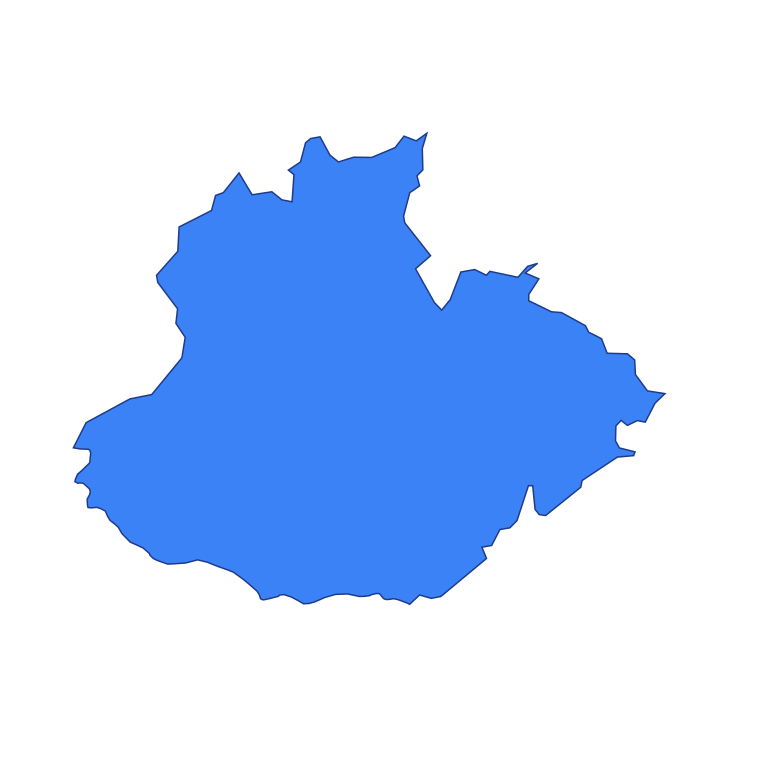 Mavrovo and Rostusha, Mavrovo and Rostusa, North Macedonia (Albers equal-area conic projection), rotated 292°
{"feature_id": "65306769B57665907630306", "entity_name": "Mavrovo and Rostusha", "entity_type": "district", "adm_level": 2, "iso_a3": "MKD", "parent_name": "North Macedonia", "parent_adm1": "Mavrovo and Rostusa", "projection": "albers", "projection_center": [20.658, 41.644], "detail": "fine", "context": "isolated", "style": "filled", "palette": "blue", "viewbox_px": 768, "rotation_deg": 292, "n_neighbors": 0, "source": "geoboundaries", "source_scale": "gbopen_adm2", "svg_char_len": 2367}
<svg xmlns="http://www.w3.org/2000/svg" viewBox="0 0 768 768"><g transform="rotate(292 384 384)"><path d="M411.1,642.3L415.1,642.2L412.9,626.2L417.9,620.0L432.0,614.7L439.1,617.5L436.8,625.2L445.0,632.6L446.5,640.5L467.8,642.5L480.3,648.1L476.3,630.8L486.9,613.6L500.2,607.4L503.2,598.4L496.1,579.4L507.5,568.7L508.7,554.4L513.5,548.9L516.7,521.7L513.7,512.3L515.4,487.0L521.3,484.7L539.5,488.2L539.8,473.3L553.4,481.2L546.9,473.1L533.1,468.2L528.1,440.0L523.2,438.2L524.1,425.2L516.6,413.3L487.0,413.8L474.1,409.8L478.4,400.2L502.6,370.1L520.4,379.1L541.2,342.9L546.9,339.3L571.0,336.2L581.0,342.8L589.3,336.6L597.1,339.8L616.7,331.3L632.5,329.8L621.5,322.8L621.3,309.7L607.4,305.8L589.5,287.8L582.9,270.9L572.8,258.5L576.0,248.1L589.2,232.1L584.1,224.0L578.3,220.9L558.6,223.4L546.5,215.2L544.4,222.1L518.5,230.5L516.5,220.4L520.2,208.0L510.0,190.8L525.4,170.5L501.3,163.4L495.7,157.2L480.3,159.1L452.9,135.2L429.8,143.1L399.6,132.4L393.4,136.2L376.4,164.4L362.2,168.4L352.8,182.2L332.5,186.8L287.2,172.6L275.1,154.1L236.6,122.3L208.5,119.9L209.8,126.0L212.8,134.5L212.3,136.1L210.2,137.9L201.7,140.4L200.3,140.5L190.7,136.3L185.7,133.7L180.7,133.6L179.8,133.6L177.7,134.0L177.3,137.3L178.1,138.5L179.2,141.4L179.1,143.0L178.4,145.0L176.3,150.5L173.9,152.1L170.8,152.5L166.1,151.9L161.1,154.2L159.5,155.1L158.6,155.9L159.4,158.7L162.1,164.1L162.3,168.3L161.8,173.2L157.7,177.4L155.0,181.0L154.1,184.0L153.8,184.9L153.6,185.9L151.6,191.4L147.1,197.1L142.3,208.0L142.1,216.1L141.7,222.2L138.9,230.1L137.7,230.9L135.8,235.5L135.5,239.5L135.5,240.8L136.0,250.9L138.4,256.2L143.8,267.2L151.1,277.0L152.6,287.0L152.6,298.2L153.1,308.9L153.1,314.8L150.2,326.6L148.4,332.3L144.4,343.8L142.6,346.4L141.9,347.3L138.6,350.1L138.5,352.5L139.3,354.1L142.3,358.4L147.5,365.5L149.3,366.4L151.3,370.3L151.8,377.9L151.0,385.6L150.1,391.8L152.5,396.8L156.1,401.5L163.9,409.1L170.8,417.9L175.7,428.9L177.8,440.8L179.8,445.4L182.4,450.0L183.9,451.2L185.0,452.7L186.9,455.4L187.9,458.4L186.5,461.0L185.1,463.6L184.8,465.1L185.2,467.4L186.6,470.1L188.6,473.5L189.3,477.7L189.4,479.8L189.6,487.6L189.3,490.3L201.7,496.0L203.0,508.2L208.3,516.3L260.6,544.4L269.4,535.9L274.6,544.3L292.5,546.0L297.8,554.6L307.3,558.5L343.8,556.0L345.4,560.0L324.4,571.0L321.1,576.8L322.6,583.1L362.0,605.1L368.7,603.8L403.7,627.8L411.1,642.3Z" fill="#3b82f6" stroke="#1e3a8a" stroke-width="1.5"/></g></svg>